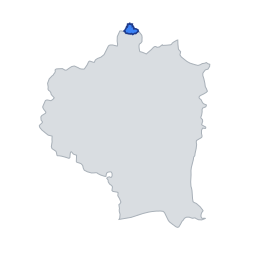 Khotsimsk, Mogilev, Belarus shown in context, rotated 264°
{"feature_id": "67162791B11584975294724", "entity_name": "Khotsimsk", "entity_type": "district", "adm_level": 2, "iso_a3": "BLR", "parent_name": "Belarus", "parent_adm1": "Mogilev", "projection": "orthographic", "projection_center": [32.434, 53.377], "detail": "fine", "context": "in_parent", "style": "filled", "palette": "blue", "viewbox_px": 256, "rotation_deg": 264, "n_neighbors": 0, "source": "geoboundaries", "source_scale": "gbopen_adm2", "svg_char_len": 5533}
<svg xmlns="http://www.w3.org/2000/svg" viewBox="0 0 256 256"><g transform="rotate(264 128 128)"><path d="M210.3,186.7L206.1,186.4L201.1,186.4L198.3,188.3L195.3,187.3L193.1,188.4L188.0,193.6L186.0,196.5L184.1,200.9L182.9,204.1L183.4,206.5L184.3,208.6L184.4,211.0L184.9,212.8L183.6,214.1L182.8,216.0L180.7,215.6L178.2,213.7L177.7,211.0L175.8,209.1L174.5,208.1L172.3,207.9L168.9,208.6L164.4,209.1L161.0,209.2L159.1,210.0L156.3,210.8L155.3,209.7L153.9,206.7L152.8,203.6L152.0,202.3L151.3,201.9L150.4,201.9L149.3,202.8L148.4,203.7L145.5,204.7L144.2,205.7L142.7,208.4L141.8,208.1L140.9,207.5L140.0,204.3L138.6,203.6L136.2,203.4L133.3,202.6L131.0,201.5L130.1,201.7L128.6,202.9L127.0,203.0L123.7,201.6L123.1,202.1L120.9,205.3L120.0,205.4L119.5,205.0L120.0,202.1L118.1,200.9L114.8,200.5L112.5,200.8L111.4,200.6L110.8,200.0L108.4,194.8L106.9,194.4L104.2,194.5L100.3,193.6L95.9,192.1L93.4,191.5L92.2,190.3L89.5,189.6L82.2,186.9L79.2,186.2L74.7,185.8L67.9,184.7L63.5,184.5L61.4,184.9L59.0,185.1L50.9,184.8L47.9,185.0L47.0,186.0L45.8,188.1L42.0,191.6L38.4,193.8L37.8,194.0L36.1,192.4L34.5,191.7L32.7,191.3L31.3,191.6L30.4,192.2L30.2,195.2L29.9,195.4L28.9,191.7L29.4,188.5L30.5,186.7L31.6,185.2L31.5,182.6L32.9,179.5L33.2,177.1L32.9,176.0L32.3,174.7L30.4,173.1L29.6,172.0L26.9,170.2L24.3,168.2L24.0,167.1L24.2,166.4L24.8,165.3L27.4,162.4L30.1,159.6L31.7,158.5L40.0,155.5L41.4,154.3L42.0,151.9L42.4,147.2L42.4,142.8L42.2,139.7L41.4,133.9L38.8,121.8L38.0,109.5L39.4,110.4L43.0,111.1L46.0,110.6L47.5,110.7L48.8,111.1L52.7,110.9L53.5,112.1L55.1,113.2L58.6,112.2L61.7,110.8L64.7,111.4L65.3,110.6L66.5,106.4L67.5,105.5L71.1,106.4L72.5,105.7L74.2,103.8L76.5,102.7L78.3,102.8L80.3,101.6L81.1,102.6L81.4,104.4L80.6,105.8L80.8,106.4L82.1,107.2L84.3,107.4L85.8,106.9L86.2,106.2L86.3,104.7L86.1,103.3L85.3,102.0L83.5,101.3L82.3,101.1L82.2,100.3L82.8,98.8L84.1,95.9L85.7,93.4L86.6,92.5L86.9,91.5L86.9,89.9L87.1,87.0L88.7,83.0L90.6,80.1L92.8,79.3L95.5,79.0L97.3,77.7L98.2,76.1L99.2,73.6L100.1,73.1L106.3,74.0L107.5,71.4L108.1,70.7L109.3,70.0L110.3,69.2L110.0,68.4L108.4,67.8L104.7,67.1L104.0,66.2L104.4,65.2L105.6,62.5L106.9,59.1L107.6,56.5L107.8,54.9L108.3,54.5L111.4,54.2L112.5,53.8L115.4,50.3L117.4,49.8L122.4,51.1L124.8,51.2L127.8,51.7L128.0,51.3L129.3,47.8L134.8,42.3L137.6,40.4L139.3,40.0L139.9,40.2L142.4,43.4L143.1,43.6L144.9,42.4L148.1,42.5L149.4,43.6L151.3,47.5L152.4,48.0L155.5,46.1L157.2,45.4L158.3,45.5L163.9,48.7L164.3,49.7L164.3,50.8L163.2,54.2L164.3,56.3L165.7,57.8L168.7,55.6L169.8,55.0L171.0,55.0L172.7,54.2L173.9,52.9L175.0,52.5L177.1,52.9L180.9,52.7L185.3,54.9L185.7,55.5L187.8,58.0L188.6,59.3L189.3,59.7L190.5,60.9L192.1,61.7L193.2,61.5L193.7,61.9L194.2,62.8L194.2,64.4L193.9,69.0L192.2,71.3L192.0,72.1L192.1,73.1L193.3,75.1L194.9,78.2L195.2,80.0L195.2,81.3L192.9,85.2L192.1,86.1L191.5,88.0L191.2,90.0L191.3,90.8L195.1,94.0L197.9,95.7L198.5,96.5L198.5,97.1L197.0,100.4L196.8,101.3L199.1,102.7L200.3,104.9L201.3,108.5L203.5,111.9L211.5,117.0L212.2,117.9L212.4,119.0L212.2,121.3L210.6,125.8L212.0,126.4L215.6,126.3L220.0,126.9L225.3,130.0L225.3,131.4L224.7,132.7L225.1,134.1L225.7,135.2L230.3,138.7L230.7,139.7L230.8,141.5L230.7,142.7L229.4,143.0L228.0,143.6L225.7,145.1L224.8,147.2L221.0,150.1L218.7,151.4L216.8,151.5L212.4,150.9L210.9,149.4L210.3,148.1L208.6,147.5L206.3,147.4L203.2,147.6L202.6,148.0L202.1,149.6L200.7,152.3L199.7,153.9L203.6,159.5L205.6,161.8L206.2,163.2L206.1,164.2L205.2,165.3L205.3,167.7L207.2,170.8L206.5,171.2L206.3,175.0L206.3,179.1L206.8,180.1L207.8,180.9L208.7,182.4L210.2,185.8L210.3,186.7Z" fill="#d9dde1" stroke="#a8b0b8" stroke-width="1"/><path d="M223.1,148.4L223.5,148.3L224.0,148.2L224.5,148.2L224.7,147.8L224.9,147.5L225.3,147.1L225.6,146.7L225.7,146.3L225.8,146.0L225.8,145.8L226.0,145.3L226.2,145.0L226.2,144.8L226.2,144.6L226.1,144.4L225.9,144.3L225.9,144.1L226.2,144.0L226.5,144.2L226.7,144.3L227.1,144.2L227.6,144.3L227.9,144.1L228.1,144.0L228.3,143.5L228.3,143.3L228.3,143.1L228.3,142.9L228.6,143.0L229.0,143.3L229.2,143.5L229.4,143.4L229.6,143.2L229.7,142.8L229.8,142.7L230.1,142.8L230.4,143.0L230.9,143.2L231.0,142.9L231.1,142.6L231.0,142.3L231.0,141.9L230.8,141.4L230.8,141.1L231.0,140.7L231.4,140.7L231.7,140.9L232.0,140.8L232.0,140.5L231.9,140.4L231.6,140.3L231.3,140.2L231.2,139.9L231.3,139.4L231.5,139.0L231.5,138.6L231.3,138.3L231.0,138.4L230.5,138.5L230.1,138.5L229.6,138.4L229.5,138.1L229.5,137.9L229.4,137.4L229.1,137.2L228.8,137.4L228.5,137.8L228.3,137.7L228.2,137.3L228.2,137.0L228.0,136.7L227.5,136.6L226.9,136.2L226.6,135.8L226.3,135.8L226.0,135.5L225.6,135.1L225.3,134.8L224.9,134.2L224.6,134.2L224.5,134.4L224.4,134.6L224.3,134.9L224.3,135.1L224.2,135.3L223.8,135.3L223.6,135.3L223.3,135.3L223.2,135.3L223.0,135.5L222.9,135.6L222.7,135.7L222.5,135.8L222.4,135.9L222.5,136.1L222.5,136.3L222.4,136.4L222.4,136.6L222.3,136.8L222.2,136.9L222.1,137.0L222.1,137.3L222.2,137.6L221.9,137.8L221.7,138.1L221.7,138.3L221.6,138.6L221.6,138.8L221.5,139.2L221.5,139.4L221.4,139.6L221.3,139.8L221.3,140.0L221.2,140.3L221.2,140.5L221.3,140.6L221.5,140.7L221.5,140.8L221.5,141.1L221.4,141.2L221.6,141.4L221.6,141.5L221.4,141.8L221.2,141.8L220.9,142.0L220.7,142.2L220.5,142.3L220.5,142.6L220.7,142.9L220.8,143.1L220.9,143.4L221.0,143.4L221.1,143.7L221.2,143.9L221.3,144.1L221.3,144.3L221.4,144.5L221.5,144.7L221.5,144.9L221.4,145.0L221.1,145.3L221.1,145.6L221.2,145.8L221.3,145.9L221.5,146.2L221.8,146.4L222.0,146.7L222.2,146.9L222.3,147.1L222.4,147.4L222.4,147.5L222.5,147.7L222.6,147.8L222.8,147.8L222.9,148.0L223.0,148.2L223.1,148.4Z" fill="#3b82f6" stroke="#1e3a8a" stroke-width="1.5"/></g></svg>